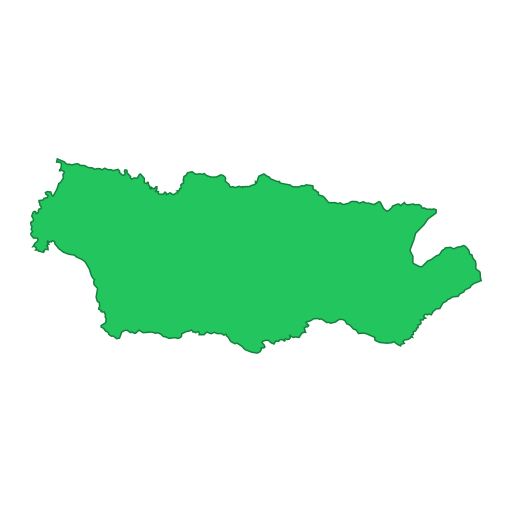 Santi Suk, Nan, Thailand (Albers equal-area conic projection)
{"feature_id": "78962969B68845226908078", "entity_name": "Santi Suk", "entity_type": "district", "adm_level": 2, "iso_a3": "THA", "parent_name": "Thailand", "parent_adm1": "Nan", "projection": "albers", "projection_center": [100.939, 18.92], "detail": "fine", "context": "isolated", "style": "filled", "palette": "green", "viewbox_px": 512, "rotation_deg": 0, "n_neighbors": 0, "source": "geoboundaries", "source_scale": "gbopen_adm2", "svg_char_len": 6014}
<svg xmlns="http://www.w3.org/2000/svg" viewBox="0 0 512 512"><path d="M379.1,201.6L373.9,204.6L369.1,203.2L365.7,203.1L363.5,201.7L359.3,203.2L356.8,201.6L352.4,201.4L350.6,201.8L349.4,203.0L344.0,204.5L342.2,204.2L340.5,202.9L337.6,203.6L335.6,202.7L328.6,202.6L324.4,197.5L322.9,196.2L319.0,195.0L318.4,194.2L318.4,192.3L316.3,191.4L315.7,190.2L314.3,190.1L313.0,188.5L313.1,186.2L312.6,185.7L306.1,184.8L304.0,186.0L302.1,185.6L298.8,186.9L292.7,186.8L290.1,185.0L281.5,183.4L279.6,182.6L279.5,181.5L276.8,181.4L270.6,178.8L269.2,177.0L266.9,176.1L263.9,173.9L258.7,176.3L256.6,182.8L255.5,181.7L255.6,183.5L254.5,184.6L250.9,185.6L249.6,186.5L243.1,186.7L242.5,187.5L242.1,186.8L241.3,187.1L239.2,186.3L235.0,187.6L233.3,186.7L230.2,187.1L228.8,184.1L225.3,181.3L225.6,178.4L224.8,176.8L223.1,175.4L220.8,174.8L216.4,177.0L211.4,177.1L206.6,175.6L204.2,173.5L202.6,174.3L199.8,173.8L195.7,174.3L192.1,171.7L187.5,172.8L185.9,175.5L184.0,176.4L183.2,180.2L183.8,180.9L183.3,182.0L183.5,183.2L181.9,183.8L180.7,185.1L181.2,186.6L180.9,188.3L180.1,188.3L178.7,190.9L177.0,191.0L177.8,191.8L177.2,193.0L176.3,193.0L173.3,194.8L170.1,192.8L166.4,194.7L166.1,193.0L165.0,192.1L163.0,194.4L158.8,194.0L158.2,193.3L158.5,191.6L157.5,191.3L155.9,191.8L155.4,191.1L156.9,189.1L156.9,186.7L156.0,186.7L154.7,188.3L153.5,188.8L151.3,187.3L151.1,188.8L150.3,188.9L149.6,186.3L148.4,184.5L148.3,182.5L147.4,182.3L147.4,183.2L146.5,183.5L144.3,182.8L144.3,178.4L140.6,174.1L139.5,174.3L137.3,178.3L134.1,177.9L131.6,179.1L130.5,177.8L130.6,176.6L127.1,172.8L127.0,170.5L126.1,169.9L124.9,170.0L124.4,171.1L125.1,173.5L124.8,174.6L122.8,175.5L119.4,172.4L119.6,171.1L118.1,169.4L113.1,170.6L111.2,169.7L107.9,169.7L104.8,168.2L101.6,169.9L100.4,168.8L97.5,168.5L94.9,169.3L92.1,167.8L87.9,167.5L84.8,165.6L80.0,165.3L78.3,163.9L76.2,163.8L71.9,164.9L68.9,164.1L68.0,164.7L65.4,163.2L64.6,162.0L57.3,158.9L56.6,162.1L58.9,162.1L61.1,163.2L61.5,164.0L60.9,168.5L59.6,169.8L59.6,170.8L61.8,170.4L64.0,171.4L64.1,173.0L62.9,174.5L63.4,177.9L60.5,182.5L58.8,183.4L57.0,189.0L53.3,196.0L52.0,195.5L50.8,192.0L47.2,191.6L45.4,192.6L46.0,194.4L48.0,195.6L47.4,197.6L44.1,198.3L42.9,200.1L39.0,200.5L39.0,202.1L39.7,202.9L39.9,205.1L40.9,206.3L41.3,208.3L40.6,209.0L39.2,208.9L38.3,210.5L38.5,212.0L36.9,213.6L36.0,213.5L35.9,212.0L35.1,211.4L33.7,211.6L32.9,212.8L31.7,216.1L33.2,218.5L33.4,220.1L33.2,221.0L31.1,222.0L30.7,222.9L31.0,225.1L32.0,226.8L31.2,229.2L32.5,231.5L30.8,233.5L31.2,235.3L33.6,238.1L36.7,237.9L38.0,239.0L37.5,241.3L35.2,243.0L33.0,246.6L34.3,246.2L36.2,247.8L36.2,249.4L35.6,250.0L38.0,250.1L38.4,251.0L43.6,252.3L43.9,251.0L44.4,250.9L44.2,250.2L45.1,249.3L48.1,249.6L47.7,246.5L46.7,246.0L47.5,245.4L47.4,244.1L48.8,244.2L47.4,241.7L47.7,241.1L49.2,242.2L50.5,241.6L51.3,241.9L52.5,240.6L54.7,241.8L54.8,243.7L58.8,248.6L63.4,252.2L69.0,254.3L74.5,255.1L76.2,256.8L82.6,259.8L85.1,261.8L89.2,268.7L91.5,275.9L93.3,278.7L94.6,279.5L93.7,281.7L94.1,284.6L97.6,288.4L96.1,297.1L97.4,301.5L99.3,302.5L99.6,306.5L98.8,307.9L98.8,309.3L100.8,310.1L100.9,311.2L101.9,312.0L104.2,311.9L104.5,313.2L105.4,313.9L105.2,316.8L106.2,319.2L105.6,322.8L101.1,325.5L101.1,327.0L103.6,328.4L105.6,331.1L108.2,332.4L108.8,334.3L110.2,335.5L111.5,336.2L113.5,336.1L116.6,338.7L119.5,338.1L121.7,332.1L125.2,330.2L127.3,330.4L130.5,332.6L132.5,332.2L134.6,333.4L135.6,333.2L139.0,330.1L143.2,332.7L151.7,332.0L155.7,333.3L157.8,332.7L161.1,334.3L163.3,336.5L165.7,336.9L169.2,338.4L174.6,337.6L178.1,338.4L179.5,338.0L181.4,336.5L181.8,333.7L186.7,331.4L189.1,331.1L191.5,330.0L193.0,332.0L194.7,331.9L195.4,332.7L198.2,331.6L199.4,333.2L199.1,334.7L204.1,334.7L206.7,332.1L211.2,333.7L214.2,332.3L217.2,333.6L221.6,333.6L224.0,335.2L225.8,334.2L226.7,335.9L228.3,337.3L230.6,341.4L234.8,343.7L237.2,343.2L241.9,346.3L245.0,349.6L251.7,352.2L257.4,353.1L260.0,351.7L261.1,349.9L261.2,347.9L263.8,347.9L264.9,347.0L263.9,344.6L262.0,342.8L262.5,341.6L265.1,340.4L268.4,340.3L271.1,342.8L274.0,344.0L275.6,341.2L278.7,341.3L280.2,339.5L283.0,339.9L284.3,341.0L285.0,340.7L284.3,339.7L285.1,338.9L286.1,338.7L286.8,339.5L289.0,339.3L290.3,337.8L289.8,335.5L293.2,337.5L295.3,336.9L299.1,337.5L301.8,333.1L304.5,332.2L305.6,332.4L305.3,331.1L304.5,330.7L304.8,329.4L304.2,328.0L306.4,326.5L307.0,326.9L307.3,326.2L308.0,326.4L308.7,325.3L306.2,323.0L306.2,322.1L310.5,320.8L313.6,318.8L317.8,318.5L319.4,319.3L321.5,318.9L326.8,322.6L328.3,322.3L330.8,323.2L335.5,322.0L339.2,319.4L342.7,319.5L344.8,320.5L346.8,323.8L349.9,325.1L353.4,329.0L356.3,330.1L358.5,333.5L363.8,333.1L366.3,333.7L374.9,337.4L374.8,339.7L375.3,340.5L379.8,342.5L387.1,343.2L391.8,342.7L394.0,341.7L397.9,344.7L400.6,345.9L401.3,344.2L404.3,343.4L403.0,341.6L404.6,339.9L408.0,339.5L410.5,337.9L410.9,336.9L412.5,337.3L411.8,336.1L411.9,334.7L413.4,334.5L413.3,331.6L415.1,331.3L416.6,329.5L416.5,328.1L418.1,327.7L418.0,324.8L419.7,324.7L421.1,323.2L420.3,320.0L423.1,319.9L423.8,318.5L425.6,318.1L423.8,316.7L424.2,314.9L425.8,314.2L427.3,314.9L428.9,314.0L431.3,314.8L433.2,311.4L436.2,308.9L439.8,308.6L442.8,303.1L446.5,301.1L447.6,299.5L449.2,299.1L452.8,296.8L458.1,296.4L459.9,293.8L463.9,291.9L464.7,290.0L470.3,287.4L470.8,285.9L473.8,283.5L481.3,280.6L480.5,278.3L480.1,272.8L479.6,271.5L476.9,269.8L475.7,268.3L476.0,264.4L475.4,261.1L472.9,258.3L471.9,254.8L469.7,254.2L468.8,250.2L465.7,246.6L463.8,245.5L460.0,246.9L457.8,247.0L454.3,248.6L452.9,248.6L450.6,247.3L445.3,247.9L444.3,249.3L442.2,250.4L439.4,254.7L436.2,255.9L431.5,259.4L427.6,261.1L422.0,266.7L419.6,266.6L413.4,263.5L412.9,262.6L412.9,256.3L410.3,251.3L410.2,249.5L413.9,239.7L415.6,233.3L424.0,224.7L428.0,218.9L436.1,213.0L436.2,209.8L433.7,208.9L431.8,209.5L430.1,209.1L427.1,209.3L424.1,207.9L422.5,208.4L421.0,205.9L419.1,204.6L415.1,204.8L413.3,204.0L407.3,204.9L405.4,204.1L404.4,202.5L400.6,205.6L399.1,204.2L397.9,204.0L392.5,206.1L391.8,207.7L388.7,210.5L386.6,211.1L383.6,208.6L380.3,202.2L379.1,201.6Z" fill="#22c55e" stroke="#15803d" stroke-width="1.5"/></svg>